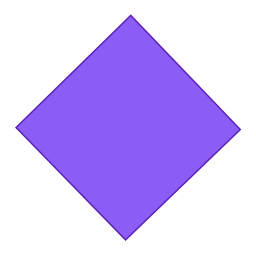 Archer, Texas, United States of America, rotated 226°
{"feature_id": "52423323B89953257646119", "entity_name": "Archer", "entity_type": "district", "adm_level": 2, "iso_a3": "USA", "parent_name": "United States of America", "parent_adm1": "Texas", "projection": "natural_earth1", "projection_center": [-98.688, 33.616], "detail": "fine", "context": "isolated", "style": "filled", "palette": "violet", "viewbox_px": 256, "rotation_deg": 226, "n_neighbors": 0, "source": "geoboundaries", "source_scale": "gbopen_adm2", "svg_char_len": 238}
<svg xmlns="http://www.w3.org/2000/svg" viewBox="0 0 256 256"><g transform="rotate(226 128 128)"><path d="M48.9,207.7L207.1,208.2L206.9,182.5L206.1,47.8L49.2,48.5L48.9,207.7Z" fill="#8b5cf6" stroke="#5b21b6" stroke-width="1.5"/></g></svg>